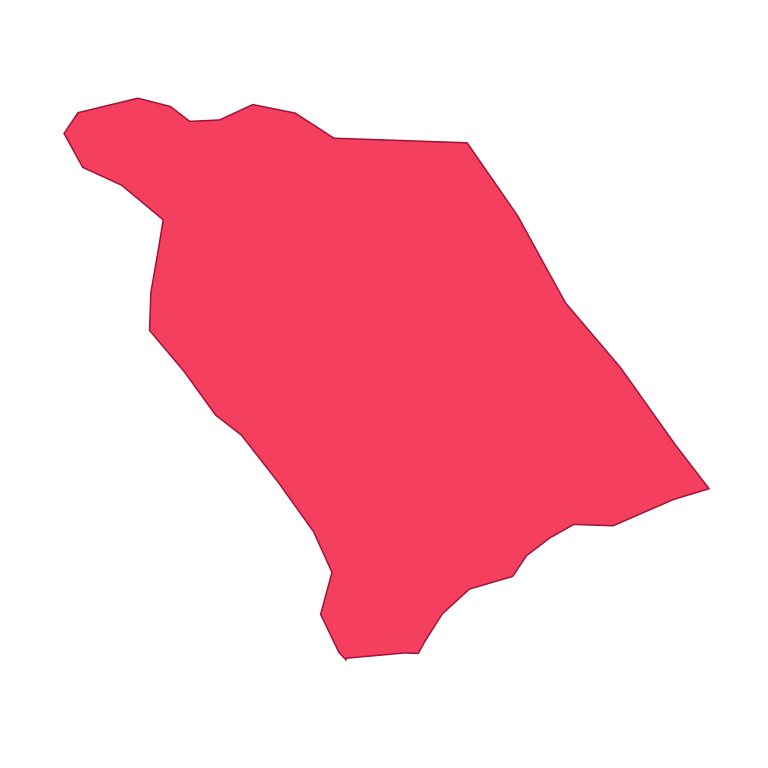 Helsingborg, Skåne, Sweden (Natural Earth projection), rotated 182°
{"feature_id": "70781695B77389935020700", "entity_name": "Helsingborg", "entity_type": "district", "adm_level": 2, "iso_a3": "SWE", "parent_name": "Sweden", "parent_adm1": "Skåne", "projection": "natural_earth1", "projection_center": [12.824, 56.101], "detail": "fine", "context": "isolated", "style": "filled", "palette": "rose", "viewbox_px": 768, "rotation_deg": 182, "n_neighbors": 0, "source": "geoboundaries", "source_scale": "gbopen_adm2", "svg_char_len": 743}
<svg xmlns="http://www.w3.org/2000/svg" viewBox="0 0 768 768"><g transform="rotate(182 384 384)"><path d="M55.5,290.7L90.8,333.5L148.2,408.6L205.6,471.6L256.2,556.6L306.9,624.7L309.3,627.9L442.6,627.9L482.1,651.6L524.9,658.7L557.8,642.1L587.4,639.7L607.2,653.9L640.1,661.0L642.3,660.4L699.3,644.5L712.5,623.2L695.3,594.4L692.7,590.0L653.2,573.5L610.4,540.4L613.7,514.4L620.2,467.1L620.2,429.4L584.0,389.3L551.1,346.9L536.3,336.3L524.8,328.0L485.3,280.9L476.3,269.1L449.2,233.9L429.4,193.9L439.3,151.6L419.6,114.0L412.4,107.0L411.8,108.7L354.4,115.9L340.4,115.9L334.2,128.1L317.7,156.3L291.4,182.1L248.7,196.2L235.6,217.4L212.6,236.2L189.5,250.3L150.1,250.3L90.9,278.6L55.5,290.7Z" fill="#f43f5e" stroke="#9f1239" stroke-width="1.5"/></g></svg>